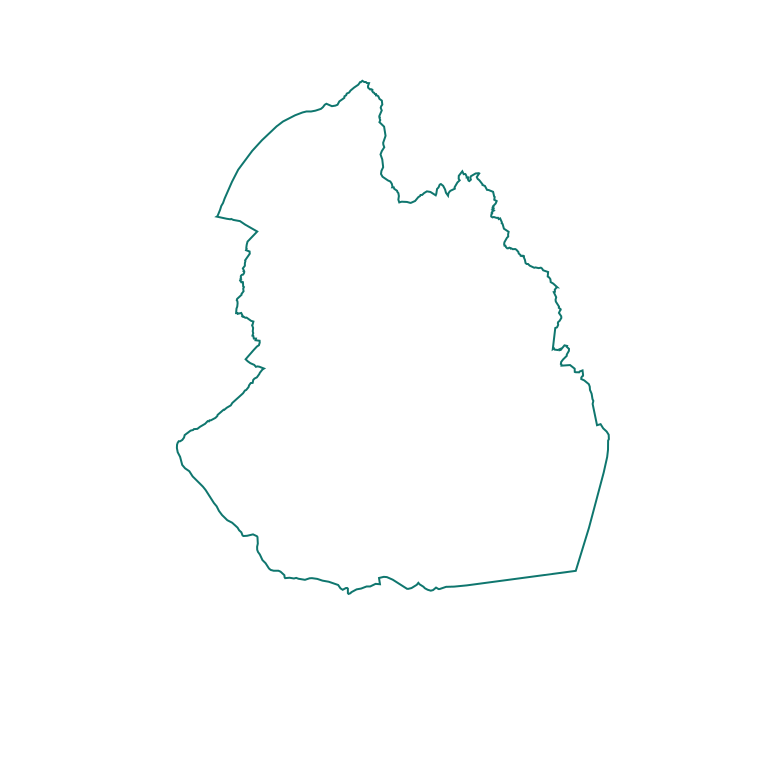 the district of Musanze, Northern, Rwanda, rotated 230°
{"feature_id": "39286606B17052688720067", "entity_name": "Musanze", "entity_type": "district", "adm_level": 2, "iso_a3": "RWA", "parent_name": "Rwanda", "parent_adm1": "Northern", "projection": "natural_earth1", "projection_center": [29.637, -1.492], "detail": "fine", "context": "isolated", "style": "outline", "palette": "teal", "viewbox_px": 768, "rotation_deg": 230, "n_neighbors": 0, "source": "geoboundaries", "source_scale": "gbopen_adm2", "svg_char_len": 6166}
<svg xmlns="http://www.w3.org/2000/svg" viewBox="0 0 768 768"><g transform="rotate(230 384 384)"><path d="M436.2,579.4L436.6,577.9L438.0,578.2L438.9,577.0L441.3,575.5L441.9,574.2L443.4,573.8L444.6,574.9L445.3,576.7L445.9,576.5L446.6,578.2L446.3,579.5L447.6,579.1L447.4,580.1L447.9,580.8L448.7,580.0L449.5,580.7L449.6,581.9L450.1,582.0L450.5,585.6L451.7,587.9L454.3,586.9L456.1,589.0L456.8,588.9L461.1,591.1L465.4,588.8L466.5,587.7L470.8,588.6L473.2,587.4L473.6,587.8L478.8,588.0L481.0,587.6L482.9,588.1L484.1,592.3L484.6,592.1L486.4,589.5L487.3,584.1L486.4,582.6L484.7,581.9L484.6,579.8L485.4,579.5L486.9,579.9L488.2,581.2L489.0,580.0L489.7,580.6L492.1,581.3L492.7,581.2L493.5,579.9L496.6,580.7L495.4,575.1L493.2,573.1L491.4,572.9L491.2,569.8L489.3,564.5L488.1,563.8L489.3,559.1L489.2,557.8L488.6,555.8L487.1,554.1L490.7,554.4L493.7,555.8L497.8,556.7L500.6,556.1L500.9,554.8L499.5,552.1L499.3,550.0L496.0,546.2L495.3,544.9L501.3,543.0L504.0,540.7L504.5,537.4L504.3,534.8L505.3,533.5L504.8,532.3L505.1,530.4L504.2,525.5L505.4,521.3L505.8,520.6L508.7,518.6L512.3,514.7L513.3,512.4L516.0,513.5L518.4,516.2L521.0,517.7L522.5,517.7L523.6,518.2L527.0,517.3L528.4,517.9L529.4,516.7L529.8,517.4L532.4,518.7L535.1,519.0L537.3,517.9L543.7,516.1L546.8,516.7L548.9,519.0L550.6,522.7L557.1,527.0L562.1,528.9L563.8,532.0L565.2,536.4L567.7,537.3L569.3,538.4L573.1,544.7L581.1,549.5L587.5,548.8L588.6,550.8L590.2,551.3L590.9,552.2L591.6,552.0L592.3,552.7L595.0,558.1L597.7,559.0L598.7,560.6L599.1,562.3L602.5,564.5L605.3,563.8L608.1,564.6L609.5,564.2L610.2,563.4L611.2,564.2L612.0,563.4L613.6,563.6L614.4,563.1L616.1,563.3L616.7,564.2L617.3,564.1L618.3,563.5L618.5,562.7L621.2,562.3L622.5,563.2L624.1,565.9L625.6,564.3L627.0,564.2L628.0,563.0L630.2,562.3L630.1,560.3L630.6,559.8L629.8,556.7L630.3,551.6L630.3,546.9L629.7,544.7L630.4,542.1L629.5,540.6L629.8,538.6L628.7,537.5L629.2,531.4L627.8,527.9L628.5,525.7L630.3,522.7L635.7,520.0L636.0,518.1L635.3,515.1L635.3,512.5L637.5,507.1L639.7,503.2L642.6,499.8L644.4,496.1L647.0,488.6L650.0,475.4L650.4,467.3L649.2,447.2L647.3,432.9L641.9,410.1L636.6,397.5L628.5,381.1L626.1,377.0L625.0,373.8L622.8,370.4L619.6,364.3L619.7,363.5L611.6,369.8L609.0,372.1L608.7,373.0L606.5,374.1L601.3,378.4L595.3,380.1L582.3,384.9L580.8,371.0L578.9,368.3L576.6,365.8L576.0,365.8L575.2,364.3L571.9,366.2L570.1,364.9L568.0,357.1L567.3,356.9L566.0,355.1L564.0,353.4L563.3,350.2L560.7,349.5L560.6,348.9L559.8,349.1L559.0,348.2L558.4,346.5L559.0,345.2L558.8,343.9L558.0,343.0L557.0,342.6L556.7,341.5L555.7,341.5L555.7,340.3L553.6,340.1L553.3,341.0L552.7,341.4L549.2,338.8L548.3,339.0L547.5,337.4L545.3,336.0L544.6,332.8L543.9,332.2L543.6,326.2L542.8,325.0L541.6,324.9L539.9,323.7L537.6,321.3L536.6,319.5L533.4,316.3L532.6,317.4L531.8,317.0L530.2,320.3L527.4,319.6L527.2,318.9L526.6,318.9L525.8,319.3L525.7,319.8L523.9,320.3L523.2,321.4L517.8,322.8L515.8,324.1L513.6,321.0L513.7,320.7L511.1,319.8L508.7,317.3L507.0,316.5L505.6,314.3L504.9,314.8L502.5,313.5L501.1,315.1L500.1,313.7L497.1,316.5L495.6,315.4L494.1,313.1L494.4,310.8L493.8,305.9L491.9,293.9L489.0,294.2L485.9,295.0L482.0,296.9L479.5,296.9L478.9,298.3L477.4,299.6L473.0,302.0L473.2,300.1L472.4,296.1L471.8,294.9L470.8,290.9L471.4,288.3L471.2,286.5L469.3,284.1L470.4,282.5L469.7,279.7L468.7,278.3L468.0,274.6L468.4,273.2L467.5,270.1L467.0,255.6L466.1,252.9L466.9,248.3L466.9,244.9L467.4,244.6L467.3,236.7L466.6,235.7L466.4,233.1L467.5,227.9L468.3,227.0L467.9,225.9L468.9,225.1L468.5,221.4L469.5,215.5L469.6,212.2L471.6,209.4L471.5,208.1L472.6,205.9L473.0,198.5L471.5,196.4L470.8,193.5L471.2,190.9L472.1,190.0L471.6,188.2L470.5,186.4L468.1,184.2L464.3,182.1L459.3,181.0L451.7,177.4L447.3,177.4L442.3,178.8L436.2,178.0L421.8,179.3L417.4,179.2L402.1,177.2L397.9,177.2L392.9,176.0L387.7,175.7L380.4,176.4L375.4,178.5L368.1,179.5L365.0,179.0L362.1,179.4L358.9,178.3L357.9,178.6L355.7,181.6L353.0,187.0L349.1,188.8L348.1,188.7L342.8,184.7L340.9,182.2L338.5,180.3L336.2,179.5L333.2,179.3L327.2,177.7L322.9,178.1L316.6,177.3L314.4,177.7L311.8,179.5L308.8,183.1L306.8,184.1L301.6,184.8L299.8,183.6L298.8,183.5L296.3,187.1L292.9,190.0L291.9,192.1L289.8,193.3L284.8,197.6L283.0,202.1L281.6,204.0L277.6,207.6L272.9,210.5L268.0,214.6L259.5,219.7L255.4,219.3L252.9,220.1L252.2,223.6L251.5,224.6L250.5,224.8L247.0,221.9L246.0,221.9L245.3,223.9L245.5,225.1L244.3,231.0L242.0,235.0L240.1,240.5L237.8,243.2L236.3,249.1L233.2,252.2L238.6,255.5L236.4,259.9L234.2,262.1L228.5,264.9L212.3,270.0L211.5,270.9L210.0,273.9L209.1,280.0L209.6,282.5L207.7,282.5L203.3,283.9L201.3,284.0L198.3,285.2L195.6,287.0L194.6,289.1L194.6,293.0L191.8,294.0L191.2,294.8L188.7,301.2L183.7,307.5L176.5,318.0L117.6,410.8L142.1,448.6L174.9,495.3L184.6,508.0L189.6,513.3L196.6,519.3L197.2,520.8L200.7,523.5L204.5,524.0L209.1,523.4L214.0,524.1L215.5,520.7L234.6,531.0L236.5,533.5L238.4,534.0L243.1,536.8L247.1,538.0L249.7,539.9L252.2,540.8L258.1,539.7L261.0,538.3L262.1,539.3L262.5,540.8L262.3,541.4L262.8,542.2L266.8,544.8L267.8,541.9L267.5,541.0L270.0,538.2L270.6,537.9L273.2,539.9L278.9,538.7L284.0,531.7L284.9,532.5L285.6,532.3L287.0,533.9L287.7,537.0L288.1,542.1L289.1,543.0L290.5,546.9L292.0,548.3L295.1,547.9L295.5,548.7L297.6,547.1L296.5,541.3L296.8,540.7L297.5,541.8L298.3,539.0L300.7,536.8L302.1,537.1L302.2,535.7L316.8,551.2L316.2,552.9L316.4,553.5L317.4,555.5L318.9,556.3L319.5,557.3L319.5,559.1L320.6,562.3L322.0,563.3L326.0,563.7L327.3,566.5L327.3,567.1L327.8,567.4L330.0,566.9L330.8,567.8L336.7,568.6L338.3,569.6L339.8,571.7L345.3,573.1L344.8,574.2L346.5,575.5L346.9,577.7L347.4,578.3L346.8,578.9L352.1,578.2L354.9,577.2L357.3,578.8L359.5,579.0L361.1,578.5L364.3,581.7L368.8,579.0L370.9,579.3L372.3,578.9L373.3,577.0L375.9,575.0L376.5,573.8L381.0,571.7L383.3,571.5L384.3,570.4L385.7,570.2L388.4,571.7L391.0,572.5L392.0,573.4L393.0,572.9L393.0,572.2L394.3,571.1L394.9,571.5L397.4,571.1L398.8,571.8L401.8,571.7L403.0,571.3L404.5,569.3L406.1,568.7L406.3,568.1L407.0,568.2L407.9,567.6L408.0,566.6L408.7,565.6L410.3,565.4L412.0,565.9L412.5,565.2L413.9,565.9L415.2,567.4L417.0,572.2L417.1,573.9L418.8,575.2L420.5,577.3L425.9,575.7L430.3,577.7L431.5,577.5L432.0,578.2L436.2,579.4Z" fill="none" stroke="#0f766e" stroke-width="2"/></g></svg>